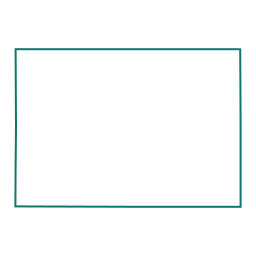 Hodgeman, Kansas, United States of America (Equal Earth projection)
{"feature_id": "52423323B97226868441645", "entity_name": "Hodgeman", "entity_type": "district", "adm_level": 2, "iso_a3": "USA", "parent_name": "United States of America", "parent_adm1": "Kansas", "projection": "equal_earth", "projection_center": [-99.838, 38.088], "detail": "fine", "context": "isolated", "style": "outline", "palette": "teal", "viewbox_px": 256, "rotation_deg": 0, "n_neighbors": 0, "source": "geoboundaries", "source_scale": "gbopen_adm2", "svg_char_len": 251}
<svg xmlns="http://www.w3.org/2000/svg" viewBox="0 0 256 256"><path d="M240.6,128.1L240.4,82.0L240.2,49.3L235.5,49.2L15.6,49.2L16.0,127.7L15.6,167.1L15.4,206.4L136.5,206.8L240.6,206.8L240.6,128.1Z" fill="none" stroke="#0f766e" stroke-width="2"/></svg>